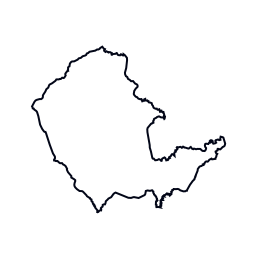 Ossu, Viqueque, East Timor, rotated 63°
{"feature_id": "22284137B78761758678939", "entity_name": "Ossu", "entity_type": "district", "adm_level": 2, "iso_a3": "TLS", "parent_name": "East Timor", "parent_adm1": "Viqueque", "projection": "albers", "projection_center": [126.407, -8.715], "detail": "fine", "context": "isolated", "style": "outline", "palette": "ink", "viewbox_px": 256, "rotation_deg": 63, "n_neighbors": 0, "source": "geoboundaries", "source_scale": "gbopen_adm2", "svg_char_len": 5871}
<svg xmlns="http://www.w3.org/2000/svg" viewBox="0 0 256 256"><g transform="rotate(63 128 128)"><path d="M177.8,49.4L179.1,50.5L180.5,51.0L180.2,52.3L179.1,53.0L178.7,55.4L179.2,56.1L181.1,56.1L181.2,57.3L180.7,59.1L178.7,59.1L178.4,58.6L177.9,58.5L177.0,59.0L176.5,59.7L176.5,60.4L176.8,61.1L177.5,61.0L178.2,60.6L178.4,60.6L178.5,61.1L178.0,62.6L178.7,63.7L177.4,65.6L177.3,66.4L178.4,67.4L179.8,67.8L181.2,67.5L182.0,67.9L183.1,69.3L183.3,70.2L182.3,71.9L181.7,72.3L179.7,73.0L179.3,73.4L178.2,75.5L177.8,77.0L176.3,78.6L176.5,79.5L175.6,80.3L173.4,80.7L173.5,81.7L173.9,82.8L173.7,83.6L171.6,85.7L171.0,86.7L170.4,86.8L169.6,87.4L170.1,89.0L168.7,89.7L168.3,90.8L168.2,91.8L167.3,92.9L167.6,93.5L168.8,93.3L169.2,93.5L169.7,94.9L169.3,95.9L169.8,96.3L170.8,96.2L170.9,97.7L172.2,98.6L173.9,99.2L171.6,100.1L171.3,100.6L171.7,101.6L172.6,102.8L172.6,104.5L172.9,104.8L173.8,104.5L173.9,106.6L174.6,106.8L174.7,107.1L174.3,107.8L174.2,108.6L171.6,108.4L170.8,108.8L170.8,111.1L171.1,111.8L172.5,112.9L172.4,113.3L170.6,113.9L169.8,114.6L169.8,116.5L169.1,118.4L166.9,119.0L166.5,119.8L165.7,119.9L159.3,118.2L155.4,117.5L153.0,116.4L140.6,112.6L137.9,111.4L136.8,110.4L134.7,105.6L134.9,104.7L134.6,104.2L134.9,103.0L134.4,102.7L133.3,102.5L132.9,101.6L131.9,100.9L131.7,100.5L131.7,98.0L131.4,97.1L131.7,95.1L133.6,93.7L134.5,92.0L135.4,91.6L136.4,91.6L136.3,91.2L134.6,89.8L134.4,89.8L134.0,90.7L133.7,90.7L132.6,89.7L131.7,89.5L130.7,89.7L130.1,89.1L129.8,89.1L129.4,90.2L129.0,90.5L127.7,90.3L127.6,90.5L127.6,91.0L128.3,91.4L128.2,92.1L126.6,91.9L125.9,91.6L125.5,91.6L125.4,93.0L125.1,93.4L123.8,93.6L123.5,94.5L122.3,95.6L121.3,96.0L119.7,95.7L118.2,96.0L116.6,95.6L115.5,96.6L114.6,97.8L114.0,97.9L113.3,97.6L112.8,98.4L112.2,98.3L111.4,100.0L110.8,99.9L109.9,99.5L109.8,100.5L110.9,101.6L110.4,102.2L110.8,102.9L110.7,103.2L108.7,102.8L108.3,102.9L108.1,103.3L108.1,103.9L106.6,105.4L105.4,105.8L104.8,105.8L103.6,106.9L101.2,107.5L100.3,107.4L97.8,105.6L96.4,103.2L95.7,100.9L95.4,100.6L94.3,100.1L93.2,100.3L91.6,101.5L88.5,102.2L87.7,104.0L85.9,104.6L84.2,105.7L82.2,105.5L80.9,106.3L78.9,106.2L77.3,105.6L73.8,102.4L67.1,98.0L65.0,97.1L61.8,97.7L60.1,98.5L60.4,98.7L61.2,98.7L61.3,99.1L60.7,99.9L59.1,100.8L59.6,102.1L58.6,103.6L57.8,103.9L56.3,103.9L56.0,104.2L56.2,105.5L55.6,107.0L55.3,108.1L55.5,109.1L55.3,109.3L54.5,109.1L53.8,108.5L53.5,108.9L52.6,109.2L51.6,110.7L51.9,110.8L51.9,111.1L49.9,112.3L50.0,113.6L49.7,113.7L49.2,113.7L48.3,114.2L47.5,113.5L47.5,112.9L47.3,112.7L46.5,113.5L43.9,114.0L44.1,116.5L44.6,117.4L44.6,118.4L44.5,119.1L44.0,119.8L44.2,122.0L42.6,127.7L43.1,129.4L42.9,130.9L43.9,132.1L44.0,133.0L43.5,135.9L44.1,138.1L43.6,140.3L44.2,141.7L44.2,145.6L43.3,147.7L43.4,148.8L44.2,150.5L46.5,152.2L46.5,153.2L47.0,154.0L48.5,154.7L49.0,155.3L49.9,155.4L49.8,156.5L51.1,159.1L51.7,159.5L52.9,159.7L54.2,161.9L54.2,162.8L53.3,163.8L53.8,165.7L53.3,166.6L53.3,167.5L52.2,169.8L53.0,171.2L53.7,175.3L53.7,178.1L54.1,178.9L55.8,180.7L56.4,183.2L58.0,185.1L59.6,187.9L60.3,189.0L61.8,189.8L62.6,190.8L62.8,192.3L62.1,193.6L61.5,196.5L61.5,197.8L62.1,199.3L65.2,203.7L65.7,203.6L67.3,204.0L67.9,203.2L68.9,203.2L71.2,202.0L72.5,201.8L76.7,202.5L85.1,204.8L89.8,204.9L93.0,204.4L94.0,203.7L94.1,203.3L95.4,203.4L107.3,205.3L116.6,206.4L120.2,206.1L121.7,206.7L122.8,208.4L123.4,208.6L123.7,208.0L124.5,207.5L124.5,207.1L125.1,206.6L125.4,205.8L127.7,205.0L128.5,204.5L129.4,202.7L131.0,202.4L132.2,201.5L133.6,200.9L136.7,200.8L137.4,201.4L140.2,201.5L145.1,200.3L146.4,201.0L149.1,199.3L150.5,198.7L151.5,199.2L152.8,200.6L154.2,201.6L155.3,202.0L156.8,202.0L159.2,201.3L162.1,199.8L163.4,197.6L164.3,197.0L168.9,195.6L170.2,195.5L172.3,194.3L172.9,193.7L173.6,194.0L175.1,193.0L176.3,193.7L177.6,193.2L177.7,193.4L179.2,193.5L179.6,193.2L180.3,193.6L180.8,193.1L181.3,193.3L181.5,193.1L181.8,193.4L182.4,193.5L182.9,192.9L184.0,193.4L187.2,192.7L188.4,193.1L188.9,193.6L189.2,193.4L189.3,192.5L188.6,191.0L188.8,190.4L188.7,189.7L189.1,189.3L188.2,188.7L187.1,188.6L186.8,188.0L186.5,186.3L185.0,185.4L185.1,184.0L185.6,183.2L184.9,182.3L183.3,181.1L183.1,180.8L182.5,178.6L182.0,177.5L182.0,174.4L180.2,170.9L179.9,169.6L179.9,168.4L190.3,159.4L191.7,157.0L192.0,154.9L192.3,154.0L195.2,150.3L195.3,143.6L194.7,142.6L192.2,140.7L192.5,139.0L194.0,136.9L194.4,134.8L194.7,134.6L195.9,134.6L196.2,134.3L197.3,134.9L198.3,134.7L199.1,135.0L200.7,134.2L201.3,134.5L202.1,134.1L203.2,134.4L204.0,134.2L204.9,134.8L205.8,134.6L206.3,135.6L206.1,136.3L206.5,136.6L209.0,138.0L209.7,137.5L211.1,138.6L211.4,138.6L212.1,136.9L213.4,135.3L212.6,135.5L212.3,135.2L212.7,134.3L212.5,133.7L211.5,133.3L211.2,133.9L210.3,133.6L210.2,132.9L210.4,132.4L209.8,132.1L209.1,132.7L208.7,132.6L208.4,132.0L207.4,132.0L207.2,131.6L208.0,129.7L207.5,129.8L207.0,130.4L206.7,130.3L206.1,129.4L206.4,128.8L205.1,128.8L204.5,127.7L204.6,127.3L205.3,127.1L205.5,126.8L204.9,126.9L204.2,126.3L204.6,125.3L204.2,124.1L204.7,123.6L204.0,123.0L204.2,122.7L205.1,122.5L204.9,121.9L205.3,121.4L205.7,121.2L206.7,121.7L207.0,121.6L206.7,121.3L207.0,120.7L206.6,119.4L205.7,119.5L205.6,118.6L205.1,118.2L204.3,118.3L203.9,116.6L203.3,116.5L203.5,115.6L203.1,115.0L204.2,113.1L204.9,111.3L205.7,110.5L207.3,109.7L209.6,107.4L210.4,105.6L210.3,104.4L210.6,103.9L209.9,103.3L206.7,98.5L204.6,94.4L203.9,92.1L203.2,91.7L202.5,90.5L201.6,90.1L201.4,89.3L200.7,88.9L197.7,85.4L196.2,84.4L195.0,82.0L194.9,81.0L195.2,79.8L195.0,78.9L195.3,77.4L194.9,77.0L194.4,77.2L194.5,76.0L193.8,75.5L193.3,74.2L193.3,73.4L194.1,72.4L194.1,71.8L193.2,69.9L193.2,67.5L194.1,67.3L195.2,64.1L194.5,63.7L193.6,62.3L192.3,61.4L191.6,60.2L190.4,60.9L189.0,60.8L188.7,60.6L188.6,58.3L188.3,58.0L187.5,57.9L187.3,57.5L187.8,56.7L188.9,55.7L188.9,55.2L187.9,52.2L188.0,51.3L187.8,50.2L187.0,49.3L186.0,48.5L179.9,47.4L179.2,47.8L177.8,49.4Z" fill="none" stroke="#020617" stroke-width="2"/></g></svg>